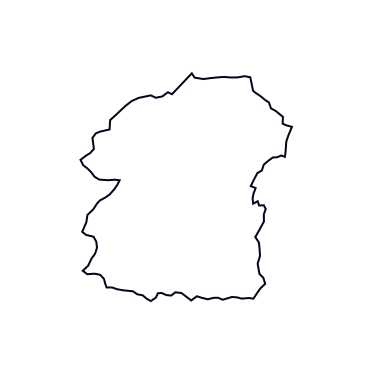 outline of Quadra, São Paulo, Brazil, rotated 215°
{"feature_id": "56859067B31751698362757", "entity_name": "Quadra", "entity_type": "district", "adm_level": 2, "iso_a3": "BRA", "parent_name": "Brazil", "parent_adm1": "São Paulo", "projection": "equal_earth", "projection_center": [-48.041, -23.303], "detail": "fine", "context": "isolated", "style": "outline", "palette": "ink", "viewbox_px": 384, "rotation_deg": 215, "n_neighbors": 0, "source": "geoboundaries", "source_scale": "gbopen_adm2", "svg_char_len": 1781}
<svg xmlns="http://www.w3.org/2000/svg" viewBox="0 0 384 384"><g transform="rotate(215 192 192)"><path d="M236.3,64.8L230.6,64.6L225.1,69.1L219.8,71.5L214.2,70.3L211.1,67.6L207.2,64.8L202.6,68.0L197.6,69.4L192.0,72.0L183.4,76.8L178.2,76.8L173.1,79.1L168.2,78.6L163.2,79.0L161.0,84.9L161.9,89.4L159.1,91.8L153.8,92.9L149.7,95.2L148.0,100.4L142.6,103.2L137.2,103.0L130.4,102.7L128.2,109.4L123.1,111.0L117.5,113.2L113.6,117.7L110.0,120.3L105.0,121.4L99.0,129.0L94.1,131.8L90.4,133.0L84.3,138.0L80.5,139.8L80.7,146.4L80.7,152.0L79.4,158.8L84.3,162.6L89.8,163.6L97.1,170.9L99.6,178.6L104.8,185.1L108.4,189.1L114.3,191.4L115.1,199.9L116.1,209.0L120.4,215.0L121.8,220.3L125.6,222.3L129.3,219.4L132.9,222.1L135.2,217.5L138.9,221.8L140.9,226.7L142.1,231.7L147.3,230.6L148.4,238.0L149.3,245.1L147.1,249.6L148.9,255.6L147.3,261.6L145.6,266.6L142.1,269.4L139.8,273.1L136.1,274.1L138.7,279.1L143.7,287.4L145.4,293.2L147.5,302.7L153.0,300.7L157.0,300.0L160.6,305.7L169.9,306.4L175.3,305.8L180.4,309.5L184.7,309.3L190.3,309.8L196.3,309.7L200.0,309.9L204.3,314.0L210.1,319.4L215.4,317.0L220.2,312.2L225.7,308.2L231.6,304.7L234.8,302.2L238.0,299.5L242.4,295.7L247.4,291.1L255.4,287.2L260.2,289.1L264.5,260.6L269.0,259.9L271.1,253.3L275.6,248.5L281.2,247.5L289.6,238.6L293.6,231.8L295.9,224.3L297.2,218.1L298.5,211.7L300.3,204.0L297.9,200.0L295.4,195.9L301.8,188.9L304.4,184.9L304.6,179.2L297.1,171.1L297.7,165.6L299.7,160.8L301.8,154.4L296.4,151.5L291.3,151.3L285.9,150.4L280.6,148.6L275.0,149.0L267.4,153.6L262.3,157.8L258.0,160.1L257.3,155.0L257.2,149.8L258.0,142.8L259.7,138.0L262.6,132.3L263.2,127.8L262.9,121.4L264.5,113.2L261.2,106.7L259.1,96.4L254.1,96.1L247.0,98.9L241.9,96.4L237.8,91.8L236.0,85.9L236.1,79.8L234.8,72.0L236.3,64.8Z" fill="none" stroke="#020617" stroke-width="2"/></g></svg>